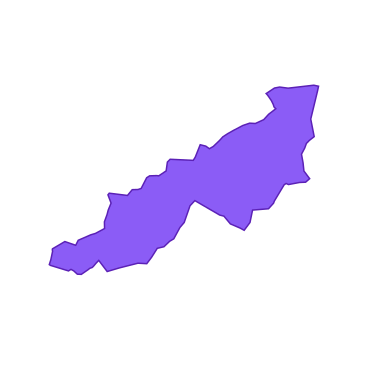 Etinan, Akwa Ibom, Nigeria (Albers equal-area conic projection), rotated 244°
{"feature_id": "59680162B79884468001879", "entity_name": "Etinan", "entity_type": "district", "adm_level": 2, "iso_a3": "NGA", "parent_name": "Nigeria", "parent_adm1": "Akwa Ibom", "projection": "albers", "projection_center": [7.841, 4.824], "detail": "fine", "context": "isolated", "style": "filled", "palette": "violet", "viewbox_px": 384, "rotation_deg": 244, "n_neighbors": 0, "source": "geoboundaries", "source_scale": "gbopen_adm2", "svg_char_len": 1430}
<svg xmlns="http://www.w3.org/2000/svg" viewBox="0 0 384 384"><g transform="rotate(244 192 192)"><path d="M231.6,352.1L234.6,348.3L243.2,323.9L247.9,316.8L249.3,311.7L248.0,301.8L245.9,302.4L239.3,303.4L235.0,303.4L232.5,303.0L230.1,303.8L228.3,295.0L225.6,288.2L225.8,279.0L228.6,274.0L229.5,266.8L229.2,256.5L228.8,249.8L228.1,244.0L226.2,239.2L223.6,231.1L223.3,226.6L227.2,224.5L230.9,220.1L221.9,210.2L219.9,207.0L231.0,186.7L229.7,183.0L222.3,178.0L221.1,169.2L222.2,167.5L225.1,161.0L224.7,157.5L217.5,147.9L217.9,144.6L220.3,139.3L217.2,132.5L227.2,117.1L226.3,115.2L217.5,114.4L212.4,108.7L209.0,105.8L203.6,100.2L197.5,97.4L197.1,87.1L197.9,82.3L198.5,68.6L195.1,64.1L203.2,56.0L202.1,41.7L201.3,41.1L199.8,40.7L193.1,35.5L189.3,31.9L188.1,32.6L175.2,46.4L175.5,49.3L173.0,51.1L168.4,52.9L166.5,56.4L167.7,64.4L168.2,66.8L167.9,69.2L168.4,70.8L170.0,74.4L171.4,78.2L157.7,80.9L155.6,93.5L151.7,112.2L147.4,119.9L151.0,127.0L156.6,136.1L155.1,142.8L157.5,150.3L157.9,155.1L165.4,165.6L168.0,171.6L180.5,184.2L183.0,190.8L159.1,206.8L156.3,210.1L146.5,212.5L138.5,219.4L134.7,222.1L139.0,230.4L139.1,230.7L149.2,238.5L143.4,253.4L146.2,260.4L147.8,262.1L158.1,278.0L158.4,280.3L156.4,282.0L153.4,292.9L151.0,298.4L152.4,303.6L161.8,301.8L169.5,304.6L178.0,307.0L182.1,312.6L185.5,316.1L186.4,318.7L186.9,320.0L188.2,326.1L205.5,330.7L228.0,349.3L231.6,352.1Z" fill="#8b5cf6" stroke="#5b21b6" stroke-width="1.5"/></g></svg>